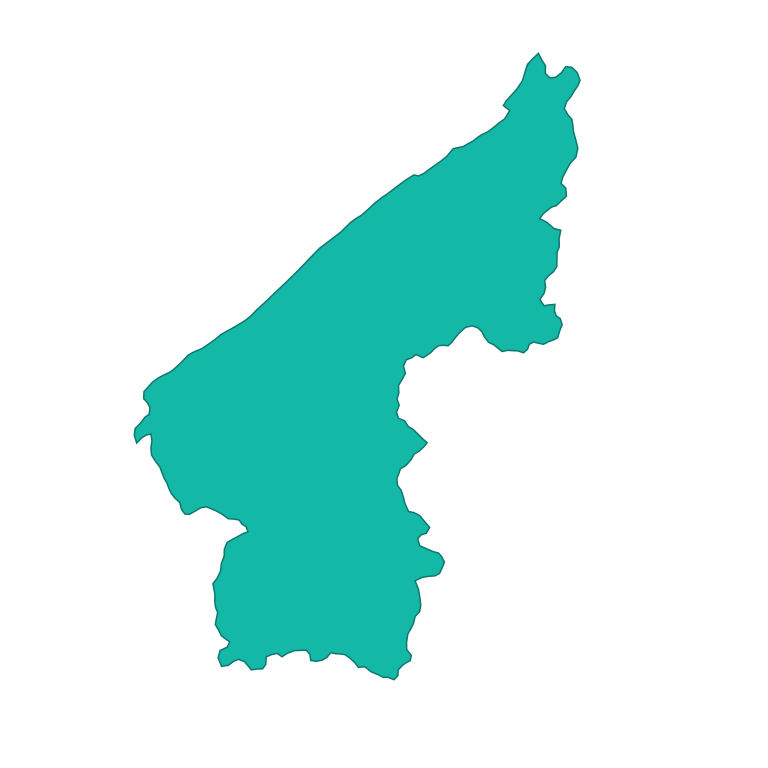 outline of Além Paraíba, Minas Gerais, Brazil, rotated 168°
{"feature_id": "56859067B92322164563840", "entity_name": "Além Paraíba", "entity_type": "district", "adm_level": 2, "iso_a3": "BRA", "parent_name": "Brazil", "parent_adm1": "Minas Gerais", "projection": "natural_earth1", "projection_center": [-42.758, -21.827], "detail": "fine", "context": "isolated", "style": "filled", "palette": "teal", "viewbox_px": 768, "rotation_deg": 168, "n_neighbors": 0, "source": "geoboundaries", "source_scale": "gbopen_adm2", "svg_char_len": 4019}
<svg xmlns="http://www.w3.org/2000/svg" viewBox="0 0 768 768"><g transform="rotate(168 384 384)"><path d="M599.7,157.4L603.2,150.8L601.6,141.6L594.7,141.2L588.5,144.1L583.4,144.9L578.3,141.5L575.7,136.9L573.3,132.0L568.0,131.7L562.0,130.6L558.0,134.2L555.9,141.6L550.1,142.7L544.4,142.7L540.5,138.4L534.5,140.7L526.9,141.8L520.6,140.7L515.3,139.8L512.7,134.8L513.2,128.8L507.8,126.8L501.6,126.8L496.4,128.6L491.9,132.4L487.8,130.3L483.4,129.2L478.4,127.4L474.6,123.2L470.9,118.2L467.9,112.2L461.4,111.4L456.4,105.1L450.5,101.2L445.8,97.2L441.2,96.4L435.7,92.7L431.0,95.9L429.6,101.3L424.9,104.7L420.8,106.6L415.8,108.0L413.7,113.0L417.0,119.3L415.7,126.5L412.7,134.4L408.0,139.8L405.0,143.5L401.8,150.2L396.5,153.9L394.1,159.8L393.3,167.1L393.0,176.1L394.5,185.1L387.0,186.9L379.9,186.6L374.1,185.7L369.0,187.2L365.2,192.3L361.9,197.3L363.5,203.2L365.9,207.4L371.1,210.0L376.1,213.6L382.7,218.4L383.2,225.8L378.8,228.8L373.7,229.2L369.1,234.2L373.2,241.6L376.3,247.7L381.5,252.0L386.5,254.2L388.3,262.4L388.6,270.2L389.3,276.3L391.9,282.1L391.0,288.9L388.2,293.1L385.6,297.7L379.6,299.7L373.2,304.4L369.0,309.2L363.2,311.2L358.1,314.3L354.0,317.6L357.5,322.2L361.3,328.1L365.2,333.9L369.0,337.1L371.4,343.6L377.0,347.5L377.7,353.7L373.5,360.2L374.4,366.6L371.4,372.0L370.1,379.6L365.8,384.2L360.8,390.0L361.3,397.4L357.2,403.0L351.3,403.9L346.6,406.2L340.3,401.6L332.4,404.6L327.1,408.1L322.7,410.1L318.2,409.6L313.3,408.1L309.0,410.6L304.6,414.5L299.9,418.2L292.5,422.5L285.6,422.5L280.7,419.6L277.3,414.8L276.1,409.5L273.0,403.0L268.3,399.4L265.3,395.6L261.7,391.2L256.0,391.2L251.0,389.8L246.2,388.6L241.1,385.5L236.4,388.1L233.7,392.6L229.0,394.0L224.5,391.8L219.8,389.7L214.5,391.1L209.6,391.8L204.5,393.1L201.5,398.8L197.4,405.0L198.0,411.2L201.5,415.1L202.0,420.2L200.3,426.4L205.7,427.0L211.2,427.3L213.9,434.3L208.6,439.3L205.8,444.9L205.4,451.7L200.6,455.7L195.0,458.5L190.6,462.8L188.8,470.3L187.3,476.9L184.1,481.6L182.4,490.1L179.1,497.6L185.5,500.8L190.9,508.1L197.3,513.4L192.9,517.4L188.1,519.9L183.3,522.2L178.4,522.6L173.1,525.9L166.5,529.8L165.5,537.9L169.1,543.3L166.3,549.0L161.3,555.0L156.3,560.8L149.0,566.2L145.4,574.4L145.7,583.9L146.2,591.0L145.5,598.0L145.2,603.9L147.9,608.4L150.4,615.8L146.9,621.9L141.5,626.2L136.2,631.8L132.3,635.5L129.1,640.3L130.3,648.4L134.4,654.7L140.3,656.6L145.7,651.6L152.1,648.4L157.8,648.7L161.6,654.1L159.9,661.7L162.5,668.8L164.2,675.3L170.7,671.3L177.2,666.8L180.3,661.4L185.7,651.6L192.8,644.8L201.1,638.8L205.6,635.5L209.4,631.6L204.1,625.3L211.0,618.1L217.0,615.6L221.2,613.3L228.1,609.9L232.5,608.4L236.9,607.5L241.4,605.6L246.3,603.2L250.6,601.9L257.2,599.8L262.4,599.8L267.4,599.8L275.7,593.3L284.2,589.2L293.2,585.4L301.3,581.7L306.9,580.3L311.2,582.3L318.2,579.8L322.6,578.0L329.4,574.9L342.2,568.8L346.5,567.2L354.9,563.1L362.1,558.8L366.3,556.3L371.1,553.7L376.7,551.8L383.2,548.9L395.0,541.4L418.9,530.1L430.5,522.4L437.0,517.9L448.3,510.4L462.1,501.7L467.5,498.5L476.6,492.9L482.4,489.2L486.7,486.7L493.5,482.7L499.4,478.7L506.3,475.1L516.5,471.5L522.7,469.5L526.9,468.3L533.6,466.1L539.7,462.8L547.5,459.4L554.4,456.6L564.5,454.6L569.6,452.9L577.9,447.2L586.3,442.2L591.3,440.0L597.9,438.5L603.6,436.8L610.5,433.7L615.0,430.3L620.4,426.4L622.1,419.6L619.5,415.2L617.8,409.8L619.9,403.3L624.9,401.1L630.1,396.5L636.6,392.3L638.9,386.1L638.2,377.7L631.8,381.9L626.9,383.6L622.3,383.3L622.8,376.7L625.4,369.7L626.1,362.7L623.7,356.2L620.5,349.4L619.5,342.9L618.6,337.3L616.9,332.1L616.0,326.0L614.8,321.0L612.1,315.7L608.4,310.5L608.2,303.5L605.8,298.2L601.5,297.0L594.9,299.0L589.0,301.0L583.3,300.8L579.3,298.1L575.0,295.1L570.2,291.1L564.3,284.6L558.0,282.8L553.9,281.0L552.0,276.3L548.5,273.1L547.8,267.7L553.3,266.9L557.7,265.5L563.4,263.9L570.5,261.6L574.5,255.6L576.1,248.9L580.5,242.1L582.6,235.3L587.6,228.6L592.9,224.3L593.0,218.1L593.2,212.5L594.6,207.4L595.2,200.4L594.2,195.0L596.6,189.7L599.0,183.8L597.0,177.8L595.4,171.4L592.1,167.7L588.5,163.8L592.1,159.2L599.7,157.4Z" fill="#14b8a6" stroke="#0f766e" stroke-width="1.5"/></g></svg>